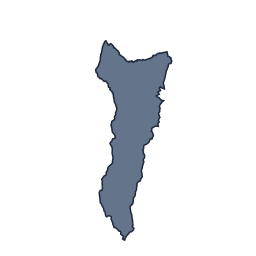 Muereasca, Vâlcea, Romania (Robinson projection), rotated 226°
{"feature_id": "2599482B47458721645660", "entity_name": "Muereasca", "entity_type": "district", "adm_level": 2, "iso_a3": "ROU", "parent_name": "Romania", "parent_adm1": "Vâlcea", "projection": "robinson", "projection_center": [24.285, 45.218], "detail": "fine", "context": "isolated", "style": "filled", "palette": "slate", "viewbox_px": 256, "rotation_deg": 226, "n_neighbors": 0, "source": "geoboundaries", "source_scale": "gbopen_adm2", "svg_char_len": 5848}
<svg xmlns="http://www.w3.org/2000/svg" viewBox="0 0 256 256"><g transform="rotate(226 128 128)"><path d="M190.6,143.9L190.0,143.7L188.2,143.7L187.1,143.0L186.7,142.4L185.9,142.1L184.8,142.3L183.2,142.1L182.4,142.5L182.3,142.9L182.0,143.0L180.5,143.2L179.0,143.1L178.0,143.3L177.9,143.4L177.6,144.2L177.2,144.5L175.6,144.5L174.9,144.3L173.8,144.4L171.1,142.4L170.7,142.5L169.5,143.0L169.1,143.0L168.6,141.9L168.3,141.6L165.6,141.8L164.6,141.7L164.4,141.7L164.2,141.1L162.8,141.4L162.6,140.8L160.4,139.1L159.0,138.2L158.0,137.8L157.7,137.4L156.3,136.3L155.2,136.1L154.8,135.8L152.9,135.2L152.3,134.7L150.8,134.0L149.9,133.8L148.9,132.1L148.4,131.6L147.4,129.3L146.7,128.9L146.0,128.2L145.8,127.1L145.3,125.9L145.0,125.6L144.1,125.2L143.5,124.2L143.7,123.7L143.6,123.0L143.9,121.6L143.9,120.8L143.3,120.2L142.7,118.9L142.2,118.5L141.8,117.7L140.5,117.3L140.4,117.1L140.4,116.8L139.7,116.6L138.2,115.6L138.1,115.4L137.0,114.8L137.0,114.7L136.8,114.4L135.8,113.9L133.0,113.7L131.2,113.2L130.7,112.7L129.8,112.4L130.1,111.6L130.0,111.0L130.1,110.3L130.8,109.5L130.7,108.9L129.8,107.2L129.9,106.1L129.7,104.8L129.5,104.4L128.5,103.9L126.4,103.5L124.5,102.6L122.4,100.7L120.9,99.0L118.3,97.5L117.0,96.6L114.8,93.6L113.7,92.8L113.6,91.8L113.3,90.9L113.6,89.9L113.7,89.2L113.6,87.2L113.4,86.1L112.9,85.1L112.1,84.5L111.2,81.4L110.3,80.8L109.8,80.2L109.4,79.5L109.4,79.1L109.9,78.3L110.1,77.6L109.9,76.0L109.5,74.6L109.6,74.2L109.5,73.8L109.1,73.3L107.3,72.3L105.7,70.4L104.8,70.1L104.2,69.2L102.5,67.9L102.2,67.1L101.3,66.0L101.4,65.6L102.1,65.1L102.3,64.3L101.7,62.6L99.3,60.6L96.8,58.9L95.8,58.0L94.3,56.9L93.8,56.3L93.4,56.1L92.1,56.3L89.7,55.2L88.9,55.2L87.0,54.5L84.9,53.1L83.3,53.1L81.1,51.4L80.4,51.1L79.5,50.8L79.1,50.9L78.8,51.1L78.4,53.2L76.9,54.0L76.2,54.3L75.4,54.0L74.2,52.6L70.2,51.0L69.2,50.2L67.0,49.4L66.1,48.8L65.9,48.9L65.6,49.3L64.7,49.9L63.6,50.0L60.3,49.9L59.7,50.1L59.4,50.5L58.9,50.7L57.8,50.3L56.7,49.0L55.0,49.2L53.7,49.6L52.6,48.4L52.0,47.4L51.9,47.0L49.8,47.5L49.7,47.7L49.9,48.2L50.7,49.5L51.2,51.4L51.5,52.9L51.5,55.0L51.5,55.4L52.0,56.3L51.7,57.4L50.8,58.6L50.9,60.7L51.0,61.3L51.6,62.4L52.1,62.7L52.7,62.4L54.1,62.6L54.3,63.7L54.5,63.9L57.1,65.9L58.2,67.0L60.5,68.4L63.0,70.5L65.5,71.4L66.1,71.8L66.4,72.3L67.6,72.9L69.6,74.7L70.1,75.3L70.1,75.7L70.4,76.2L70.1,77.2L70.1,77.4L70.5,77.7L70.5,77.9L70.6,78.3L70.2,78.6L70.2,78.9L70.8,79.6L72.3,81.8L73.7,83.0L73.9,83.4L74.2,85.4L74.8,86.7L77.2,89.4L77.3,90.3L77.9,91.4L78.9,92.4L80.5,94.7L81.7,95.7L82.0,96.2L82.2,96.9L82.2,97.5L82.0,98.0L81.9,98.9L81.4,100.2L82.4,101.5L83.0,104.4L85.6,106.4L86.6,106.9L88.1,108.1L89.1,109.7L89.3,110.4L90.7,112.1L90.9,112.6L90.9,113.0L91.5,113.5L92.4,115.5L93.1,116.2L94.0,116.5L94.7,117.0L95.0,118.6L95.2,119.4L96.4,120.5L96.5,120.7L97.7,121.4L98.3,121.4L99.1,121.6L100.2,122.4L100.5,122.9L100.9,123.1L101.7,123.2L102.1,124.5L102.4,124.9L104.4,127.3L104.5,127.9L103.8,129.1L103.4,130.6L103.4,131.5L103.2,133.0L103.5,133.9L104.7,136.4L103.6,137.3L103.5,137.8L104.5,139.4L104.7,140.8L105.9,141.7L108.6,142.7L109.6,142.6L109.6,143.2L110.3,143.8L110.5,144.3L111.2,144.7L111.2,145.5L110.3,149.0L109.2,150.3L108.1,151.0L109.2,151.7L109.9,152.0L110.4,152.5L110.5,152.7L110.4,153.2L110.6,153.7L110.6,154.6L111.8,154.9L112.3,155.2L113.4,157.4L113.5,158.4L114.6,158.7L115.5,159.3L116.2,159.3L117.4,160.4L117.7,161.8L117.9,162.4L119.5,163.9L119.9,164.8L120.4,165.1L121.4,165.1L121.8,165.6L121.9,166.1L122.4,167.0L122.6,167.8L122.9,168.3L122.6,169.2L123.1,170.0L123.1,170.5L123.3,170.8L122.8,171.8L122.9,172.6L124.0,171.8L126.1,171.1L128.5,171.5L129.1,171.0L129.6,170.9L129.9,170.7L131.0,170.5L131.5,170.7L130.5,174.0L132.1,174.4L133.2,174.4L132.9,175.9L132.3,177.4L133.7,177.9L134.9,178.1L135.2,179.7L134.6,179.8L134.6,180.0L132.8,180.3L131.9,181.2L131.2,181.2L130.2,181.0L130.6,181.3L131.9,182.0L133.2,183.2L134.9,183.9L135.7,184.6L136.2,185.2L138.4,189.4L139.1,190.2L140.7,192.8L142.1,194.6L142.6,195.7L143.0,196.8L144.1,198.9L144.4,199.5L144.4,199.8L144.7,200.1L145.7,201.4L145.5,202.4L145.1,203.1L144.6,203.6L144.9,204.5L145.3,204.8L145.7,206.0L147.2,206.6L147.9,206.7L148.0,207.1L148.3,207.1L148.7,207.6L149.2,207.5L149.4,207.2L149.7,207.2L149.8,207.3L150.8,207.2L151.8,206.6L155.8,209.0L156.6,207.3L157.2,206.7L157.9,205.5L158.5,204.7L158.6,203.8L159.7,203.2L160.1,202.7L160.1,202.2L160.9,201.2L161.1,200.4L161.0,200.2L161.2,199.2L161.1,198.5L161.4,198.1L161.2,197.8L161.8,197.4L162.0,196.8L162.2,196.7L162.7,196.8L162.8,196.7L162.8,196.4L162.3,196.2L162.2,195.9L162.4,195.2L162.3,194.9L162.0,194.7L162.1,193.5L162.5,192.7L162.8,192.7L163.5,190.7L164.6,188.6L164.7,188.1L165.1,187.3L165.6,186.9L166.8,186.4L167.0,186.0L167.1,184.9L167.7,184.6L169.2,183.6L169.7,182.1L170.1,182.4L170.6,182.0L170.6,181.8L170.0,181.3L170.2,181.0L170.9,180.7L170.8,180.0L171.4,179.2L171.3,178.4L171.1,178.1L171.4,177.8L172.1,177.4L172.9,177.7L173.8,177.3L173.9,176.8L173.6,176.1L174.0,176.1L174.8,175.6L174.9,175.4L174.7,175.1L175.1,174.4L175.3,174.7L175.6,174.6L176.0,174.0L176.4,173.9L177.3,173.3L178.8,173.4L178.9,173.9L179.7,173.7L182.7,173.8L183.3,173.3L183.8,173.4L185.0,173.2L185.2,173.4L186.2,172.8L186.6,172.9L186.9,172.7L188.2,174.0L188.8,174.1L189.1,173.9L189.6,174.0L190.3,174.4L191.0,174.4L191.8,174.0L193.0,174.2L194.7,174.1L195.2,174.0L195.2,173.6L196.0,173.7L197.1,174.5L197.6,174.3L198.5,174.4L199.9,174.4L200.8,174.0L201.0,173.2L200.6,172.5L201.3,171.5L201.9,171.4L202.2,171.8L204.9,172.3L206.0,172.7L206.3,172.3L206.2,170.9L205.5,170.1L205.6,169.2L205.5,168.9L205.3,168.9L205.0,168.5L204.7,167.6L204.4,167.3L204.3,166.2L203.6,165.5L203.0,164.4L202.3,164.1L201.8,162.9L200.4,161.0L199.9,159.5L198.9,158.6L198.1,157.3L197.5,156.6L197.1,156.4L195.5,154.3L195.2,153.4L194.9,153.1L194.0,151.0L193.6,150.4L193.2,149.8L192.9,147.6L192.7,147.2L192.6,145.6L191.8,144.7L191.0,144.3L190.6,143.9Z" fill="#64748b" stroke="#1e293b" stroke-width="1.5"/></g></svg>